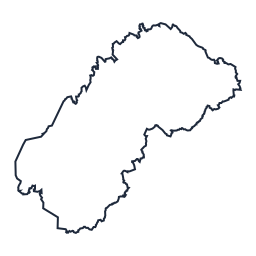 the district of Claremorris Lea-6, Mayo, Ireland
{"feature_id": "5873133B40533987579120", "entity_name": "Claremorris Lea-6", "entity_type": "district", "adm_level": 2, "iso_a3": "IRL", "parent_name": "Ireland", "parent_adm1": "Mayo", "projection": "mercator", "projection_center": [-9.004, 53.656], "detail": "fine", "context": "isolated", "style": "outline", "palette": "slate", "viewbox_px": 256, "rotation_deg": 0, "n_neighbors": 0, "source": "geoboundaries", "source_scale": "gbopen_adm2", "svg_char_len": 5742}
<svg xmlns="http://www.w3.org/2000/svg" viewBox="0 0 256 256"><path d="M196.8,123.4L196.7,123.0L197.5,122.2L198.4,122.3L199.0,121.2L200.1,120.8L200.4,119.4L202.4,117.8L202.3,116.6L202.8,116.2L202.5,115.4L204.1,113.9L204.0,113.4L204.6,112.8L204.6,111.4L205.1,111.0L205.4,109.3L206.5,108.0L206.5,107.1L207.1,106.9L207.6,105.6L209.4,106.0L209.7,107.8L211.4,108.4L211.8,109.6L212.5,109.7L212.8,110.2L214.2,109.0L215.8,109.4L218.4,108.6L219.4,107.5L217.9,105.2L218.9,104.8L219.5,103.0L221.4,103.0L222.7,101.4L223.6,101.6L228.6,99.7L228.8,98.6L229.6,97.8L230.7,97.3L231.5,97.8L232.7,96.5L234.1,96.5L234.3,95.4L233.8,95.3L233.4,90.5L233.5,89.4L235.1,90.0L235.9,89.4L240.6,89.8L240.0,88.5L240.4,88.2L239.6,86.1L238.2,84.2L239.6,82.8L240.1,80.9L237.5,80.9L236.8,78.8L235.8,77.8L236.4,77.2L235.6,76.5L235.7,76.1L237.2,74.0L235.8,72.4L235.9,70.7L235.1,68.7L235.5,67.0L230.6,64.0L228.3,64.4L226.3,63.1L224.6,63.0L224.3,62.8L224.6,61.9L223.1,61.1L222.8,60.2L223.1,59.5L221.9,58.4L219.9,58.0L218.6,58.4L216.9,60.5L217.8,61.2L218.1,62.1L217.8,62.3L218.5,63.5L217.1,63.8L214.9,63.1L214.7,60.8L214.0,59.7L212.2,59.9L210.6,59.2L209.4,58.0L207.9,57.5L205.4,51.5L205.7,50.9L205.5,50.1L203.1,48.9L203.0,48.2L202.2,47.6L198.3,46.2L196.3,44.9L192.0,39.0L190.0,37.2L189.6,36.4L186.2,34.8L186.3,33.8L185.4,32.9L183.8,33.8L181.7,32.5L180.4,32.2L180.1,30.7L177.6,28.1L176.5,26.4L175.5,25.8L174.9,26.0L173.0,24.5L172.6,24.9L172.2,27.1L170.7,29.0L165.6,24.4L160.8,23.1L159.3,23.8L159.1,24.3L159.4,26.1L158.8,25.8L158.1,24.6L155.7,25.5L153.3,25.4L152.2,26.3L151.1,28.8L150.1,29.3L148.0,29.4L147.6,30.2L147.6,30.9L146.5,31.3L146.2,30.6L145.0,30.3L144.8,29.7L145.3,29.5L144.5,29.0L144.3,28.5L144.5,28.0L143.4,27.6L143.6,27.3L142.8,26.3L143.3,25.6L142.9,25.1L143.0,24.4L142.6,23.6L142.2,23.6L141.6,24.3L140.0,24.3L139.4,25.7L139.4,26.3L139.9,26.7L139.8,27.9L139.4,28.2L139.7,29.0L140.6,29.0L141.5,30.7L138.5,32.4L138.4,33.6L139.0,34.3L139.6,36.3L139.4,37.3L137.9,38.1L136.9,37.0L137.2,36.7L136.7,35.5L134.4,35.4L133.7,34.6L129.5,33.0L129.2,34.8L128.6,35.6L127.0,35.9L126.0,37.0L125.0,37.2L125.4,39.1L124.7,40.3L123.0,40.3L123.1,42.0L122.0,42.2L120.1,44.1L118.9,43.5L116.6,41.2L114.6,42.5L113.5,43.8L112.8,43.9L113.0,47.1L112.2,47.9L112.9,49.5L112.6,49.5L113.0,51.6L112.6,54.6L117.1,59.4L115.3,60.5L114.4,61.7L113.6,59.8L112.3,59.1L112.4,58.7L111.2,57.4L109.6,58.3L105.7,59.1L105.4,61.6L104.9,61.8L101.5,57.9L98.8,56.7L97.5,56.9L97.1,58.1L97.3,59.3L97.1,60.3L97.7,61.1L97.7,62.4L96.7,62.7L98.1,65.0L98.1,65.7L97.3,66.0L98.0,67.6L97.9,68.4L97.3,68.5L97.5,68.9L95.9,68.9L95.4,66.8L95.0,66.3L93.8,67.1L93.5,66.6L92.4,67.4L92.6,68.8L92.1,69.9L93.0,70.3L93.3,71.3L94.3,72.1L93.9,75.1L92.9,75.8L91.5,75.1L90.2,75.5L90.6,76.5L90.6,79.0L90.2,80.0L90.6,82.2L88.7,85.1L86.4,90.1L85.8,87.4L84.7,85.7L83.0,86.4L81.5,87.8L81.6,91.4L80.8,92.3L80.7,93.1L79.3,94.3L79.1,94.9L78.8,94.8L78.8,96.2L78.5,96.5L76.1,96.6L76.6,99.5L77.2,100.3L76.4,101.7L76.8,102.5L76.2,103.5L75.6,103.8L73.9,102.6L74.1,101.5L73.4,101.3L73.0,101.7L72.1,99.1L71.5,98.7L71.7,97.9L71.1,96.4L67.3,97.2L66.1,98.8L65.2,99.1L64.6,100.5L63.6,101.2L51.9,125.6L48.6,126.3L48.0,128.0L46.9,129.1L46.4,131.1L44.6,132.9L42.8,133.8L43.4,134.2L42.1,135.6L41.1,136.7L25.7,140.0L23.1,144.7L15.4,161.5L15.7,175.3L17.1,178.5L20.8,181.1L20.4,183.0L18.9,185.4L18.2,187.6L18.4,188.7L18.3,190.5L18.7,191.0L19.6,190.9L19.2,191.2L22.0,193.5L23.3,193.6L23.3,194.4L27.3,194.1L28.1,192.9L29.1,192.9L29.7,192.1L28.7,191.1L29.4,188.6L29.7,188.8L29.8,188.2L30.3,188.1L31.3,188.2L32.5,185.6L34.1,186.1L35.0,185.7L35.0,189.0L34.7,189.5L33.8,189.5L33.9,191.2L37.5,191.8L40.0,191.0L41.4,189.8L41.6,193.1L40.1,192.7L40.1,193.9L39.8,194.0L40.3,195.5L42.0,197.7L41.1,199.2L43.4,202.6L43.2,208.3L57.9,217.3L57.6,228.2L65.7,229.2L66.8,231.0L66.1,232.1L66.7,232.7L68.2,232.6L68.6,231.7L69.4,231.0L70.5,231.7L72.6,230.8L73.3,231.0L73.8,232.2L75.9,232.9L76.5,232.3L78.3,231.8L78.2,230.3L79.2,229.8L80.2,228.5L82.8,228.1L83.9,226.8L85.0,226.8L85.4,227.5L86.5,227.9L87.9,227.8L89.4,229.3L91.7,229.8L93.6,227.0L95.3,227.1L96.0,225.7L95.8,225.0L96.7,224.0L97.2,222.4L97.8,222.0L98.2,220.3L100.6,219.8L101.6,221.3L103.8,220.5L103.9,218.6L104.9,217.6L104.9,216.5L105.3,215.8L105.1,211.3L105.7,210.1L105.7,208.5L106.3,207.9L106.9,207.9L109.8,204.9L112.0,204.5L112.1,203.9L113.0,203.9L113.3,203.3L113.8,203.4L114.5,202.7L115.5,202.8L117.7,201.4L118.7,198.7L118.9,196.9L120.7,196.4L122.8,196.5L122.9,196.1L123.2,196.4L123.5,196.0L123.7,196.5L124.5,196.8L125.2,196.0L125.1,195.5L125.8,194.9L124.6,193.9L125.0,193.3L124.8,192.7L125.6,191.5L126.4,191.3L126.5,190.6L127.3,190.5L127.4,189.5L128.8,187.8L127.6,187.5L127.0,184.4L126.2,184.2L125.4,182.9L123.6,182.6L123.3,182.1L124.2,180.5L123.2,179.6L123.3,178.5L122.4,173.7L121.7,173.5L123.3,171.2L124.1,170.7L125.3,170.9L127.5,172.1L127.6,171.3L129.5,171.4L135.0,169.3L134.2,165.3L133.1,162.7L132.1,162.1L132.1,161.3L134.9,161.0L136.9,159.0L137.4,159.0L137.8,159.1L139.0,161.3L139.7,161.9L140.6,158.5L141.8,158.5L142.5,157.7L143.9,157.5L143.9,156.4L143.6,156.2L143.8,154.8L142.9,153.0L142.3,152.6L142.5,151.4L141.8,150.9L141.3,149.7L144.4,146.5L145.7,145.9L146.1,144.8L145.9,143.4L146.4,141.1L145.7,138.7L146.9,136.1L145.7,136.2L144.3,134.6L146.9,128.8L148.4,129.6L149.7,129.6L152.5,128.6L154.7,126.8L155.3,125.3L156.6,125.1L156.8,125.7L157.9,125.8L158.3,126.7L162.5,130.0L165.4,133.6L166.6,134.1L166.9,135.3L170.5,136.4L171.3,134.5L171.4,133.4L172.5,132.6L172.1,131.6L170.9,130.4L171.2,130.2L173.7,130.7L176.8,130.5L177.7,129.8L179.0,129.8L179.8,128.8L181.3,129.1L181.8,128.1L182.3,128.1L183.8,129.4L185.1,129.2L186.4,130.1L187.8,130.5L190.3,130.2L190.8,129.2L191.9,128.4L191.9,127.6L192.4,127.7L192.9,126.8L194.3,126.1L195.8,124.4L196.3,124.4L196.2,124.0L196.8,123.4Z" fill="none" stroke="#1e293b" stroke-width="2"/></svg>